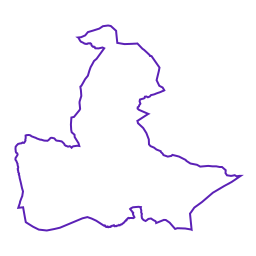 Shanga, Kebbi, Nigeria
{"feature_id": "59680162B85769693016783", "entity_name": "Shanga", "entity_type": "district", "adm_level": 2, "iso_a3": "NGA", "parent_name": "Nigeria", "parent_adm1": "Kebbi", "projection": "orthographic", "projection_center": [4.585, 11.206], "detail": "fine", "context": "isolated", "style": "outline", "palette": "violet", "viewbox_px": 256, "rotation_deg": 0, "n_neighbors": 0, "source": "geoboundaries", "source_scale": "gbopen_adm2", "svg_char_len": 5155}
<svg xmlns="http://www.w3.org/2000/svg" viewBox="0 0 256 256"><path d="M18.3,207.8L23.1,207.3L24.9,217.5L25.8,222.2L33.0,226.7L38.8,229.6L46.8,230.5L54.4,229.0L60.0,227.7L82.5,218.3L87.4,217.1L91.5,218.5L96.2,220.7L103.8,225.6L104.3,225.4L104.6,225.7L104.8,225.5L105.2,225.6L105.3,226.0L105.5,226.2L105.7,226.7L106.2,226.7L106.5,227.0L106.8,227.0L107.5,226.6L107.6,226.8L107.8,227.1L108.3,227.2L108.6,226.8L109.3,226.8L109.6,227.0L110.3,227.0L110.6,226.8L110.8,226.7L110.7,226.6L110.8,226.3L112.2,225.7L112.8,225.7L113.5,225.6L113.7,225.3L113.9,225.2L114.2,225.7L114.3,226.1L114.8,226.3L115.1,226.0L115.9,226.1L116.3,226.0L116.6,226.1L116.9,225.7L118.9,225.3L119.0,225.1L119.3,225.3L119.8,225.3L120.1,224.9L120.7,224.6L121.1,224.4L121.6,224.5L122.0,224.2L122.3,223.8L122.8,223.4L123.4,223.2L123.5,223.1L123.6,222.8L124.1,222.4L124.6,221.9L124.7,221.7L124.9,221.4L125.4,220.9L126.0,220.7L126.3,220.4L126.5,220.3L126.5,219.9L126.4,219.7L126.9,219.3L127.3,218.9L127.8,218.3L128.4,217.9L128.8,218.1L129.1,218.3L129.6,218.0L130.4,218.0L130.5,218.0L131.5,218.0L133.4,218.1L133.8,217.8L134.4,217.4L134.2,216.6L133.6,215.8L133.2,214.7L132.9,213.5L133.2,213.1L133.2,212.6L132.3,212.0L132.1,211.4L131.4,210.7L130.7,209.7L130.4,209.4L130.1,209.0L130.6,208.5L131.7,207.9L132.9,207.3L135.0,207.1L138.5,206.8L140.9,207.1L140.6,208.2L141.0,209.2L141.3,210.6L141.2,211.7L141.2,212.5L141.5,213.2L141.8,213.5L141.9,214.1L141.7,214.4L141.6,215.4L141.7,216.1L141.8,216.4L141.7,216.8L141.8,217.3L142.0,218.2L142.3,218.5L142.6,219.1L143.7,220.1L145.6,221.0L147.2,219.9L148.4,218.9L151.0,218.5L153.4,220.1L155.4,221.1L156.1,222.2L156.2,223.0L163.9,219.9L165.8,220.0L169.6,222.6L175.1,228.9L177.4,228.2L185.2,228.5L191.1,229.5L191.6,229.7L190.0,213.6L191.0,212.3L194.3,207.6L201.9,202.1L212.9,192.7L224.4,185.9L231.6,182.0L240.6,175.9L239.1,175.9L236.6,176.3L234.7,175.2L232.4,175.7L231.0,175.9L227.0,175.3L225.5,173.1L225.7,170.2L222.0,167.0L220.8,167.0L219.7,167.0L216.1,166.3L212.2,166.3L208.2,165.9L200.2,166.6L197.0,164.8L190.4,163.5L186.4,160.9L185.6,159.9L182.4,158.3L179.1,156.6L176.5,155.9L172.4,154.9L171.4,155.9L167.8,156.6L163.5,155.1L162.6,153.6L160.9,152.0L160.7,151.2L156.4,149.5L154.0,147.6L150.5,146.1L149.7,145.2L149.0,144.4L148.8,139.4L146.4,133.1L143.2,128.0L138.0,123.2L137.5,121.1L137.4,120.9L147.5,114.4L147.9,114.1L148.3,113.9L138.9,109.8L137.6,108.6L137.7,107.5L137.7,107.3L138.8,106.5L138.9,106.4L139.2,105.3L139.3,105.1L140.2,104.0L140.4,103.7L139.6,101.4L139.9,99.8L140.0,99.5L141.5,99.1L142.4,98.8L143.4,98.6L144.5,98.1L144.8,97.0L144.9,96.7L146.4,96.5L147.9,97.3L149.8,96.5L151.0,95.1L152.4,94.8L153.7,94.5L154.9,94.1L156.0,93.6L158.2,92.8L159.5,92.4L161.0,91.8L162.0,91.3L162.8,91.0L163.5,90.8L164.3,90.3L162.6,87.5L159.3,85.8L156.6,80.2L158.8,71.2L159.5,67.6L151.5,56.1L149.9,55.9L149.7,55.1L144.1,49.9L142.8,49.0L142.5,48.8L137.4,43.5L136.5,43.6L130.2,43.9L124.5,44.1L117.3,42.9L116.3,33.3L116.1,30.8L110.8,26.0L108.1,25.5L102.9,26.2L99.3,28.6L93.0,30.6L87.9,32.1L85.2,35.4L81.1,37.2L78.1,37.5L78.7,37.9L79.0,38.8L80.1,40.7L80.7,41.4L81.2,41.9L82.1,42.2L82.9,42.6L83.8,43.1L84.4,43.6L85.0,43.6L85.6,43.9L86.3,43.8L86.9,44.0L87.5,43.7L88.1,43.3L88.8,43.3L89.2,43.5L89.6,43.3L90.2,43.2L91.1,43.8L91.4,44.4L91.4,44.9L91.7,45.6L92.1,46.0L92.6,46.5L92.8,46.7L93.7,46.6L93.9,47.0L94.8,47.2L95.0,47.9L95.3,48.3L98.6,48.4L100.8,47.9L102.5,47.5L104.2,48.3L96.6,58.8L94.0,61.0L92.2,64.4L90.6,67.2L89.3,70.9L87.9,75.7L85.1,79.2L83.1,82.8L81.5,85.6L81.4,85.8L80.6,86.4L80.4,86.6L80.5,87.9L80.9,90.2L81.2,94.3L81.3,96.0L79.6,101.5L79.5,103.0L79.7,104.7L80.1,108.9L79.4,110.3L78.3,111.6L74.0,116.9L71.4,117.5L70.9,124.5L71.2,129.9L71.7,132.3L74.5,134.7L74.7,137.1L78.5,143.2L79.3,146.0L77.9,145.8L76.8,145.8L75.5,146.0L74.7,146.1L73.2,146.3L72.3,146.9L71.6,147.7L70.4,146.5L69.5,146.2L68.3,146.6L67.5,146.5L66.6,145.9L65.9,145.9L65.2,145.4L64.6,144.9L64.4,144.2L63.9,143.5L63.1,142.7L61.7,141.4L60.5,141.2L59.1,140.9L57.0,140.7L55.9,140.3L55.5,139.8L54.9,139.0L54.3,138.4L53.6,138.2L52.4,137.9L51.6,137.8L50.8,137.9L50.3,138.2L50.0,138.6L49.5,139.1L48.9,139.7L48.5,140.1L47.9,140.5L47.4,140.8L46.4,140.7L44.2,140.6L42.2,140.0L41.0,139.6L40.2,139.7L39.5,139.4L38.6,139.1L37.5,138.7L36.7,138.4L35.7,137.8L34.4,137.4L33.2,136.9L32.3,136.6L31.8,136.4L31.1,136.0L30.6,135.5L29.9,135.2L28.9,135.0L28.0,135.0L27.4,135.1L26.7,135.1L26.1,135.3L25.6,135.5L25.7,138.1L25.5,138.9L25.3,139.8L25.5,140.4L25.3,141.0L24.9,141.6L24.7,142.0L24.5,142.3L24.2,142.5L24.0,142.9L23.2,142.9L22.7,142.5L21.9,142.9L21.6,143.2L21.0,143.4L20.3,143.4L19.7,143.5L19.2,143.7L18.5,143.8L18.0,144.0L17.5,144.6L16.9,145.1L16.5,145.6L16.0,146.3L15.6,146.9L15.6,147.7L15.5,148.4L15.5,149.2L15.7,150.3L15.7,151.3L16.1,152.6L17.3,153.4L17.6,154.7L16.5,156.6L15.6,157.9L15.4,159.3L15.7,160.2L16.3,160.9L16.8,162.1L17.2,163.1L17.6,163.9L17.5,164.4L17.6,165.0L17.7,165.4L17.8,165.9L18.0,166.5L18.2,167.1L18.1,168.1L17.7,168.8L18.0,169.3L17.8,169.9L18.1,170.7L18.3,171.1L18.2,172.1L18.5,172.7L18.9,173.2L19.1,173.8L18.8,174.4L19.4,176.1L19.6,177.8L20.7,182.2L22.0,188.1L23.0,191.4L22.2,196.3L21.8,197.1L20.1,201.6L19.8,203.3L19.0,205.6L18.3,207.8Z" fill="none" stroke="#5b21b6" stroke-width="2"/></svg>